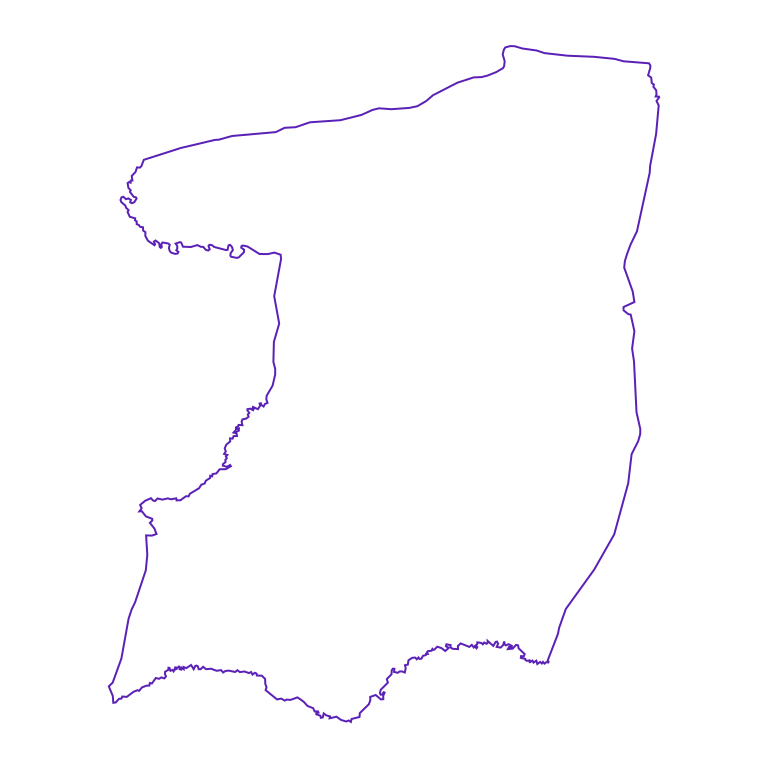 outline of Kaset Wisai, Roi Et, Thailand
{"feature_id": "78962969B16569105271651", "entity_name": "Kaset Wisai", "entity_type": "district", "adm_level": 2, "iso_a3": "THA", "parent_name": "Thailand", "parent_adm1": "Roi Et", "projection": "orthographic", "projection_center": [103.508, 15.604], "detail": "fine", "context": "isolated", "style": "outline", "palette": "violet", "viewbox_px": 768, "rotation_deg": 0, "n_neighbors": 0, "source": "geoboundaries", "source_scale": "gbopen_adm2", "svg_char_len": 6093}
<svg xmlns="http://www.w3.org/2000/svg" viewBox="0 0 768 768"><path d="M143.8,159.8L141.4,166.1L139.9,167.6L137.0,167.4L135.5,172.0L131.7,176.0L132.4,180.5L130.7,180.6L130.6,182.7L129.0,182.1L127.6,183.1L128.4,187.9L130.7,190.3L129.9,191.9L133.7,196.8L135.9,197.3L136.6,198.5L134.3,202.2L131.9,203.2L130.2,202.3L130.9,199.9L128.3,198.4L126.0,199.2L123.4,196.8L121.5,197.4L120.5,200.0L121.4,202.2L125.3,205.5L126.1,207.8L128.6,210.2L127.6,212.0L129.8,216.8L135.2,218.3L135.0,220.3L136.7,221.4L136.7,224.2L138.7,224.9L140.1,226.8L143.0,227.3L143.1,230.5L145.4,232.2L145.3,235.9L147.9,240.7L154.4,245.2L155.1,244.3L153.9,241.6L155.6,240.5L159.2,243.3L159.8,247.1L160.9,247.9L161.8,246.9L161.3,244.4L162.4,242.5L168.3,243.5L169.7,244.7L168.9,248.2L169.9,251.3L171.3,252.7L175.2,253.9L177.6,253.5L178.4,251.9L176.3,250.2L177.3,248.6L177.2,245.8L175.6,243.6L179.9,242.1L181.2,242.6L183.0,246.7L190.9,247.0L197.3,245.1L201.1,246.9L203.2,246.8L205.9,249.9L208.2,250.5L209.7,249.3L208.5,246.0L209.4,244.8L211.9,245.1L214.3,247.0L226.2,250.1L227.6,249.8L228.5,245.4L230.0,244.8L231.9,246.8L232.9,250.0L230.6,253.3L230.4,255.8L231.2,256.8L236.9,257.9L238.7,257.4L243.9,252.3L244.1,249.7L241.2,247.7L241.4,246.3L242.7,245.5L247.5,246.5L259.5,254.0L267.8,254.1L274.4,252.6L280.6,254.7L281.1,258.8L274.2,296.2L279.2,323.6L273.9,341.8L273.4,362.0L275.2,368.9L275.2,374.5L272.6,385.6L266.7,395.7L266.3,399.2L267.5,402.9L265.0,403.9L263.6,406.5L261.5,405.1L260.8,403.2L259.6,403.6L260.2,405.6L257.9,409.2L253.0,406.9L252.6,408.2L254.1,408.3L253.1,410.2L250.4,408.7L247.5,409.1L247.3,410.2L249.3,412.9L247.8,414.5L248.6,416.7L246.4,418.5L242.3,419.5L241.6,421.8L242.4,425.2L238.6,424.9L238.1,426.3L235.9,427.5L236.0,429.3L238.9,428.4L238.8,430.7L236.8,431.6L234.7,431.2L233.5,432.6L236.5,433.4L237.0,436.0L233.6,436.1L232.6,438.6L230.0,438.4L230.2,441.4L226.3,444.7L224.7,448.3L225.8,451.4L224.1,454.0L227.3,455.0L225.9,456.5L226.8,458.2L225.3,459.9L225.6,462.0L222.9,464.2L222.8,465.6L227.0,466.8L230.1,465.0L230.9,466.2L225.7,469.2L219.6,469.3L216.4,473.4L212.5,474.1L212.2,476.3L210.2,475.8L210.1,478.0L205.8,480.7L204.7,483.5L201.3,484.7L199.1,488.2L189.9,493.7L188.6,496.4L186.0,496.2L180.5,500.2L176.6,500.4L176.2,498.3L171.0,499.3L167.8,498.4L162.4,499.6L157.5,498.5L155.0,501.1L152.9,500.4L151.0,498.2L145.1,500.8L140.1,505.0L141.6,508.3L139.4,511.4L141.8,511.2L145.9,516.4L152.2,518.8L152.3,520.5L149.9,522.9L154.4,528.5L156.5,534.0L151.9,535.6L146.1,535.4L147.3,554.9L145.8,570.3L135.1,602.3L131.7,609.3L128.6,618.6L121.4,658.5L112.7,682.6L108.8,686.4L112.8,696.0L113.3,702.8L115.8,702.4L119.0,698.8L121.4,698.6L122.3,696.5L126.8,696.9L133.5,691.8L137.5,690.2L139.0,690.9L142.0,687.4L146.4,685.7L149.3,685.6L149.9,683.0L151.9,683.5L155.8,678.0L159.0,678.8L161.4,677.4L164.3,678.4L166.0,676.4L164.9,674.1L165.1,671.8L168.3,669.8L168.5,667.7L169.5,667.9L170.4,670.8L172.7,669.8L173.5,671.4L175.2,669.3L177.4,668.7L175.0,668.3L175.2,667.4L178.0,667.7L179.0,666.5L180.5,667.8L179.8,669.2L181.3,669.6L181.8,667.8L183.7,669.2L183.6,667.0L186.3,668.1L191.1,665.0L193.7,669.2L195.3,665.9L196.4,665.6L197.8,666.2L198.7,669.2L200.6,669.2L203.1,666.8L206.1,669.2L211.0,668.7L216.7,670.8L221.0,670.1L223.2,672.5L225.4,671.0L228.8,670.6L235.2,672.0L237.3,670.2L239.9,672.1L244.5,671.5L249.0,673.1L251.1,672.0L252.5,674.6L254.8,672.8L256.6,673.6L256.8,675.5L261.8,675.7L265.1,678.9L265.3,683.9L266.5,687.1L265.6,690.1L277.0,699.4L281.3,698.6L284.8,700.6L286.6,699.6L290.5,699.9L297.5,697.4L303.4,701.5L307.6,706.0L313.2,708.2L314.6,711.4L318.0,711.4L318.5,712.6L316.4,713.1L316.3,714.3L320.4,715.7L320.8,717.8L322.8,717.4L323.7,713.4L326.2,715.3L330.0,716.4L329.6,718.3L336.5,716.7L341.0,719.9L346.1,721.5L348.6,720.5L350.9,721.9L351.5,719.0L359.5,717.0L359.8,713.1L368.9,704.2L370.3,700.3L370.2,696.9L375.7,695.0L380.9,699.4L383.3,699.2L383.2,695.9L384.6,692.6L383.7,692.2L382.1,694.5L380.7,694.7L379.9,693.0L380.7,689.8L387.9,682.6L386.8,679.1L391.5,674.3L391.7,670.4L392.8,668.7L394.4,668.8L394.0,671.9L397.7,672.8L399.6,671.5L401.9,671.4L404.8,672.5L405.7,668.2L405.0,665.2L407.8,664.6L408.5,660.2L412.3,657.8L415.2,657.6L416.8,659.3L418.5,657.5L419.4,658.9L421.4,658.7L423.0,655.8L425.8,655.1L426.0,653.8L427.8,653.9L427.1,652.1L428.0,651.1L431.6,650.7L432.4,648.9L433.3,649.9L434.3,649.6L437.3,646.7L441.5,648.1L445.3,651.0L448.8,647.8L446.0,646.3L446.4,644.3L450.6,645.1L450.6,647.5L452.6,648.8L458.0,649.1L457.9,646.0L460.7,643.4L469.3,646.9L471.8,644.9L473.8,647.5L474.9,646.3L476.5,648.3L477.3,647.0L475.6,645.4L477.1,644.3L477.4,642.3L481.6,643.1L482.8,644.3L484.2,642.5L486.6,643.8L487.7,642.8L487.6,640.9L493.3,645.9L495.7,641.9L497.0,641.6L498.1,643.7L496.7,646.9L500.6,647.6L503.1,645.1L504.3,641.4L504.7,644.5L505.9,645.4L508.5,644.2L511.9,645.9L511.6,647.1L509.1,646.9L507.9,649.1L512.7,648.6L516.1,644.9L518.1,645.4L518.6,648.3L524.7,654.1L523.8,656.3L521.1,656.1L520.8,657.9L525.3,658.9L525.6,660.3L526.8,660.8L529.7,660.3L530.2,660.9L529.2,662.6L532.5,660.6L533.5,662.6L536.3,660.7L537.3,664.0L540.1,661.9L541.9,663.5L543.0,661.9L544.5,663.6L546.3,662.2L548.2,662.5L548.6,661.6L547.7,660.5L558.0,633.7L559.1,627.9L565.8,609.0L594.2,569.6L614.2,534.4L628.2,483.3L631.6,454.2L638.2,441.1L640.2,434.2L640.3,429.1L636.5,412.1L634.0,361.4L632.1,348.6L634.4,331.2L630.7,314.6L628.4,314.2L623.6,310.4L623.5,308.8L623.6,307.0L634.4,302.0L632.7,291.5L624.2,267.6L624.9,261.0L627.0,254.2L630.5,244.7L637.0,231.2L649.7,172.8L650.1,166.0L656.1,134.0L658.7,105.4L656.5,101.0L659.2,97.3L658.9,96.6L655.7,96.5L656.5,94.5L656.2,90.3L653.4,86.8L653.9,84.6L651.8,83.1L651.2,77.6L648.1,75.3L650.3,67.8L650.3,65.3L649.0,63.3L623.6,61.3L614.7,58.9L593.9,56.8L567.5,55.7L544.4,53.1L536.6,50.5L522.4,48.5L514.6,46.2L510.1,46.1L505.3,47.4L503.8,49.8L502.7,54.4L504.7,61.3L504.1,66.3L502.9,68.2L496.2,72.1L487.5,75.6L481.5,77.1L473.7,77.4L457.6,82.6L433.0,95.2L426.4,100.9L417.4,106.2L409.4,107.9L391.4,109.2L378.9,108.3L372.3,110.0L361.5,114.9L340.4,120.2L309.9,122.3L295.6,127.2L284.6,127.8L275.8,132.1L231.9,136.0L218.8,139.7L214.9,139.9L180.7,148.0L143.8,159.8Z" fill="none" stroke="#5b21b6" stroke-width="2"/></svg>